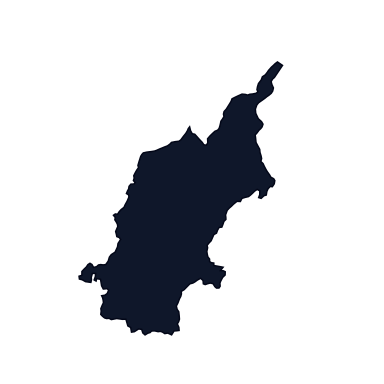 Uruana, Goiás, Brazil (Mercator projection), rotated 202°
{"feature_id": "56859067B12485635102711", "entity_name": "Uruana", "entity_type": "district", "adm_level": 2, "iso_a3": "BRA", "parent_name": "Brazil", "parent_adm1": "Goiás", "projection": "mercator", "projection_center": [-49.648, -15.615], "detail": "fine", "context": "isolated", "style": "filled", "palette": "ink", "viewbox_px": 384, "rotation_deg": 202, "n_neighbors": 0, "source": "geoboundaries", "source_scale": "gbopen_adm2", "svg_char_len": 3863}
<svg xmlns="http://www.w3.org/2000/svg" viewBox="0 0 384 384"><g transform="rotate(202 192 192)"><path d="M130.2,127.4L131.3,130.5L133.3,130.7L136.2,129.8L135.0,133.9L139.0,133.1L141.0,132.7L144.2,132.0L145.2,134.3L147.5,133.7L149.6,134.1L150.6,136.4L153.0,137.8L154.6,140.1L156.0,142.5L156.6,146.1L158.0,148.2L157.1,151.2L156.0,153.9L155.8,160.7L153.9,163.0L154.0,166.2L153.6,169.3L151.2,170.6L151.2,173.4L151.4,176.7L150.3,179.3L151.2,181.3L152.3,183.3L152.5,188.2L151.4,191.1L150.1,193.6L149.0,196.2L146.8,200.2L143.6,201.3L143.3,204.8L140.6,207.0L137.9,208.9L136.7,210.9L135.4,213.6L134.3,216.2L132.6,218.8L129.6,218.5L128.2,214.9L128.1,211.8L125.5,212.0L123.9,215.5L122.0,217.0L122.8,220.4L122.7,223.5L121.6,226.4L119.5,227.0L118.8,230.4L119.5,233.6L121.2,234.9L124.5,235.3L126.3,236.8L128.0,237.9L129.9,239.1L132.0,240.7L134.7,243.0L136.7,244.9L139.6,246.1L140.0,249.1L141.6,251.5L143.8,254.2L145.2,256.9L148.7,259.8L151.2,261.9L153.7,266.7L154.8,268.5L153.9,271.0L153.0,274.5L152.0,276.5L151.4,278.6L151.6,281.5L153.9,283.3L158.0,284.8L160.6,287.2L162.4,288.9L164.3,292.6L164.5,297.0L163.7,299.7L161.5,303.1L159.6,306.1L158.3,308.5L157.0,310.4L155.5,313.2L155.0,315.8L155.5,319.0L158.1,321.5L160.0,324.0L159.6,326.9L158.5,329.1L155.5,343.3L161.5,344.6L163.0,342.1L164.0,339.8L165.1,337.6L166.6,333.4L167.0,331.3L167.9,328.1L169.9,325.2L169.8,321.8L171.0,317.5L170.7,314.0L170.1,311.2L168.4,309.6L169.5,307.6L172.5,305.6L175.0,304.3L176.7,302.7L179.0,302.5L182.3,301.5L185.3,298.4L187.6,295.9L189.8,293.4L189.7,290.7L190.2,287.6L190.9,283.7L191.3,281.5L192.4,278.7L192.0,276.0L190.6,273.9L191.1,270.9L191.7,268.5L191.3,266.4L190.9,263.8L190.7,261.1L191.4,258.9L193.5,256.9L194.7,254.4L196.3,250.8L197.5,247.2L195.8,243.6L196.2,240.8L198.7,240.2L201.2,241.9L203.7,243.0L205.8,244.0L208.6,245.4L211.1,246.6L213.6,246.1L216.3,248.3L218.6,251.5L219.2,249.4L219.2,247.1L219.7,244.0L220.8,240.4L221.9,236.1L223.1,234.2L226.4,232.4L229.6,230.3L230.4,228.2L232.0,225.6L234.6,223.2L236.1,221.7L238.0,219.9L240.4,217.4L242.1,215.9L244.6,214.4L248.9,212.0L251.8,210.0L252.5,208.1L252.9,205.9L252.5,200.5L252.1,196.4L250.7,194.6L251.4,191.8L251.8,188.9L252.1,185.3L250.8,183.2L250.6,180.6L248.2,179.5L248.9,177.6L251.6,176.4L252.5,173.7L251.9,171.1L252.2,168.9L252.2,166.0L249.9,165.7L248.6,163.8L248.7,159.1L249.2,155.2L249.3,152.3L251.1,149.2L252.1,146.6L252.7,143.5L254.9,142.9L256.1,141.0L253.6,139.6L253.1,137.3L251.2,136.0L249.2,134.3L247.9,132.3L248.0,126.8L246.1,124.2L245.0,122.5L242.4,122.5L240.4,121.4L240.8,119.2L241.3,116.6L240.5,113.2L240.6,110.8L240.8,107.4L243.4,103.7L244.2,100.7L243.8,96.5L244.8,92.4L247.1,91.1L249.5,90.5L251.4,89.3L252.5,87.0L255.0,85.2L257.6,87.3L259.9,87.7L261.3,85.7L261.9,82.8L263.1,80.2L264.3,77.1L262.9,73.5L265.2,71.6L263.8,69.1L260.9,69.5L257.1,69.0L251.9,70.3L252.3,72.9L253.4,75.1L253.9,79.2L250.8,80.4L249.9,77.0L249.8,73.8L247.6,73.5L248.0,75.9L244.1,76.8L240.7,71.2L237.9,68.8L234.4,70.6L232.5,69.7L232.6,66.1L234.1,63.7L236.9,62.0L235.2,60.4L233.6,58.0L232.6,56.1L232.8,53.4L232.8,49.7L231.6,47.6L230.7,44.3L228.5,43.3L225.9,42.5L223.8,42.7L221.5,43.8L219.0,43.5L216.4,45.2L214.4,46.5L208.8,47.9L205.6,49.3L204.2,47.5L201.3,43.8L198.1,43.4L195.6,39.4L193.1,40.9L191.7,42.9L190.2,45.0L187.2,45.8L184.8,42.9L182.0,41.9L180.1,44.5L178.2,46.0L177.4,48.0L174.4,49.3L171.1,49.8L169.2,50.9L167.0,51.1L164.2,50.5L161.6,52.1L157.4,51.9L156.6,56.4L154.0,57.7L152.1,58.8L153.5,61.6L156.2,64.2L155.8,66.7L156.0,69.4L157.6,72.6L159.4,76.0L161.8,77.6L163.8,80.4L163.5,83.7L163.6,88.5L163.3,90.9L163.6,93.5L164.7,95.8L162.7,98.5L161.3,101.9L159.6,106.0L157.0,108.0L155.6,109.8L154.0,112.4L151.7,115.2L148.6,114.1L147.1,111.1L145.1,111.1L143.3,112.7L141.0,114.4L138.2,114.9L135.3,112.8L133.3,112.1L131.0,113.1L130.6,115.2L132.0,118.0L132.0,120.2L131.6,124.3L130.2,127.4Z" fill="#0f172a" stroke="#020617" stroke-width="1.5"/></g></svg>